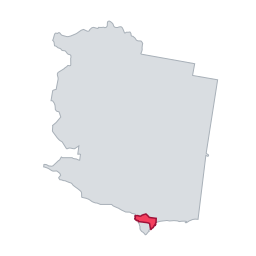 location of Tawkar, Red Sea, Sudan, rotated 96°
{"feature_id": "16777658B45805430370558", "entity_name": "Tawkar", "entity_type": "district", "adm_level": 2, "iso_a3": "SDN", "parent_name": "Sudan", "parent_adm1": "Red Sea", "projection": "albers", "projection_center": [37.526, 17.9], "detail": "fine", "context": "in_parent", "style": "filled", "palette": "rose", "viewbox_px": 256, "rotation_deg": 96, "n_neighbors": 0, "source": "geoboundaries", "source_scale": "gbopen_adm2", "svg_char_len": 5068}
<svg xmlns="http://www.w3.org/2000/svg" viewBox="0 0 256 256"><g transform="rotate(96 128 128)"><path d="M175.5,207.8L173.1,207.8L172.9,207.2L172.9,205.7L173.2,204.6L174.1,202.7L173.9,201.7L174.1,200.3L173.5,198.7L167.9,193.9L166.8,192.6L163.8,191.3L164.4,190.0L163.4,180.4L164.0,179.4L164.2,177.7L164.2,176.2L165.0,173.8L165.1,172.7L159.2,172.5L159.0,173.6L159.3,174.8L159.3,175.2L150.9,175.0L154.2,178.9L154.3,180.5L154.0,182.6L154.0,183.9L154.2,184.8L155.1,186.5L155.0,186.8L154.8,187.2L148.7,192.0L147.6,194.3L146.8,195.5L145.0,197.5L139.4,202.6L138.5,202.9L134.3,203.0L133.9,203.1L133.6,203.3L133.4,203.3L130.0,200.0L124.1,196.0L120.1,197.8L119.0,198.5L118.9,200.3L118.3,201.2L117.2,202.2L114.2,202.7L112.7,203.1L110.8,204.1L109.0,205.7L108.8,206.6L108.9,207.4L98.8,206.8L98.2,206.2L96.9,203.3L95.8,203.4L86.7,202.6L85.3,202.8L82.6,203.8L81.3,203.9L80.0,203.3L75.5,197.5L74.5,196.8L73.5,195.4L72.5,194.7L72.1,194.3L72.1,193.7L72.2,192.5L71.9,191.7L71.1,191.5L64.6,192.3L63.7,192.1L62.3,192.3L61.8,192.5L61.2,193.2L61.0,194.7L60.8,195.4L60.2,196.2L58.3,198.0L57.8,198.8L57.8,200.8L57.6,201.9L57.2,202.3L56.4,203.1L56.1,203.5L55.5,206.1L54.4,207.7L54.1,208.2L54.0,209.4L53.8,209.7L50.8,210.4L49.7,210.9L48.9,211.8L48.7,212.1L47.5,211.7L45.9,211.4L42.8,210.9L41.6,210.4L41.1,209.7L41.4,208.1L41.1,207.7L40.7,207.4L40.4,206.7L40.5,205.9L42.3,204.1L42.7,203.2L43.5,198.5L43.4,197.1L42.4,194.4L39.8,189.7L39.1,188.7L35.7,184.8L35.4,184.2L34.6,182.5L35.8,179.2L36.0,178.2L35.8,177.2L34.9,176.4L34.1,176.3L33.1,175.3L32.4,174.8L31.9,173.9L31.5,172.8L32.2,168.7L32.0,168.2L31.1,168.0L30.9,167.6L31.0,166.9L30.7,164.5L30.3,162.6L30.7,161.5L30.0,160.0L28.6,159.3L25.6,159.5L24.7,159.4L24.1,159.0L23.8,158.5L23.6,157.8L23.9,156.9L24.8,155.3L26.0,153.9L28.2,152.8L28.8,152.2L29.2,151.4L29.3,150.6L29.2,149.6L29.1,148.8L28.5,147.6L28.1,146.2L28.1,145.3L28.5,144.7L29.1,144.0L31.3,142.7L33.5,141.6L33.9,141.2L33.8,140.7L32.9,139.6L32.7,137.5L32.3,136.1L33.5,135.1L34.3,134.8L35.5,134.6L36.1,134.2L36.3,133.4L36.3,132.6L36.8,132.0L37.5,130.8L38.0,130.3L39.7,128.9L40.1,128.0L40.3,127.0L40.1,124.2L41.1,123.1L42.4,122.2L44.1,122.4L46.7,122.4L48.5,122.1L49.8,122.2L52.7,123.0L53.0,122.7L53.2,122.0L57.1,68.4L68.9,69.3L69.0,69.2L70.7,43.9L144.4,47.6L145.1,47.5L146.3,45.2L146.8,45.0L147.5,45.2L147.8,45.8L147.1,47.7L211.5,48.8L211.6,51.7L212.2,54.1L214.0,57.4L215.5,59.2L216.1,60.1L216.2,60.6L216.1,61.0L215.6,60.5L214.8,60.2L214.7,61.8L215.1,64.9L215.7,67.2L215.2,69.2L215.3,72.7L216.1,76.9L215.9,79.6L217.3,85.8L218.6,89.3L219.4,90.2L220.2,90.6L221.7,90.9L224.1,92.7L225.9,94.5L226.6,95.5L227.5,96.6L228.1,96.4L228.4,96.1L229.1,96.9L232.0,98.8L232.4,99.7L231.4,100.5L230.2,102.0L229.6,103.3L229.3,103.8L228.3,104.6L228.1,105.0L227.7,105.3L227.2,105.3L226.2,105.8L225.4,105.6L224.4,105.9L224.1,106.2L223.4,106.5L222.4,106.7L220.9,107.8L219.5,108.4L219.1,108.8L218.4,111.1L217.9,111.7L215.9,111.8L214.9,112.0L213.6,111.7L213.0,111.7L212.8,112.2L212.6,114.2L212.6,115.0L211.5,117.3L211.8,121.5L210.7,124.6L210.5,125.3L209.4,127.8L208.9,128.7L207.5,133.3L206.9,134.8L205.7,136.3L206.9,147.4L205.9,150.8L205.9,152.7L205.2,155.4L204.6,156.7L203.7,158.2L202.9,159.9L202.3,162.2L201.8,166.4L201.6,166.8L198.0,167.3L196.9,167.6L196.1,168.1L195.2,169.2L193.3,172.2L192.3,174.0L190.8,176.5L189.0,178.2L188.6,179.1L188.3,180.7L187.6,183.3L187.0,185.1L187.1,186.5L186.5,189.0L186.6,190.3L185.9,190.9L185.1,191.6L184.5,191.7L182.0,190.0L180.2,191.1L179.1,192.8L178.2,194.4L178.7,197.9L178.6,198.7L178.3,199.5L176.6,202.9L176.1,204.5L175.5,207.2L175.5,207.8Z" fill="#d9dde1" stroke="#a8b0b8" stroke-width="1"/><path d="M226.0,95.0L226.1,94.9L226.2,94.7L226.3,94.7L226.5,94.6L226.4,94.4L226.1,94.2L225.9,94.2L225.7,94.0L225.5,93.9L225.4,93.9L225.2,93.7L224.9,93.3L224.8,93.1L224.7,92.9L224.4,92.6L224.2,92.5L224.0,92.4L223.8,92.3L223.7,92.3L223.6,92.2L223.4,92.1L223.2,92.1L222.8,92.0L222.7,91.9L222.5,91.7L222.4,91.6L222.2,91.5L222.2,91.3L222.0,91.1L221.9,91.1L222.0,90.9L221.9,90.8L221.9,90.7L221.7,90.7L221.6,90.8L221.5,90.7L221.4,90.7L221.2,90.6L221.1,90.4L220.9,90.5L220.7,90.6L220.4,90.6L220.2,90.6L219.9,90.7L219.7,90.6L219.4,90.5L219.3,90.4L219.2,90.3L219.1,90.2L218.5,90.3L217.8,90.3L216.8,90.4L215.0,90.5L214.9,90.5L214.8,94.9L214.7,97.5L213.1,99.2L211.6,101.2L212.0,102.0L212.2,102.6L212.5,103.4L213.3,105.0L214.1,105.9L214.3,106.1L214.5,107.0L214.3,107.6L214.4,107.9L214.1,108.9L214.1,109.5L214.4,111.2L214.3,111.4L214.3,111.5L214.5,111.7L214.8,111.7L215.0,111.6L215.3,111.7L215.5,111.5L215.8,111.5L216.0,111.5L216.1,111.4L216.3,111.4L216.5,111.4L216.8,111.3L217.0,111.4L217.1,111.5L217.3,111.7L217.4,111.8L217.5,111.8L217.8,111.6L217.8,111.4L217.9,111.2L218.0,111.2L218.3,111.0L218.3,110.9L218.4,110.7L218.5,110.7L218.6,110.4L218.6,110.2L218.8,110.0L219.0,110.0L219.1,109.9L219.0,109.7L218.9,109.7L219.0,109.5L219.0,109.4L219.0,109.2L219.0,108.9L219.0,108.7L219.1,108.4L219.1,108.2L219.3,108.2L220.0,107.9L220.0,104.7L220.0,103.9L220.1,101.8L220.1,99.9L220.3,97.8L220.6,97.0L220.7,96.8L220.9,96.5L226.0,95.1L226.0,95.0Z" fill="#f43f5e" stroke="#9f1239" stroke-width="1.5"/></g></svg>